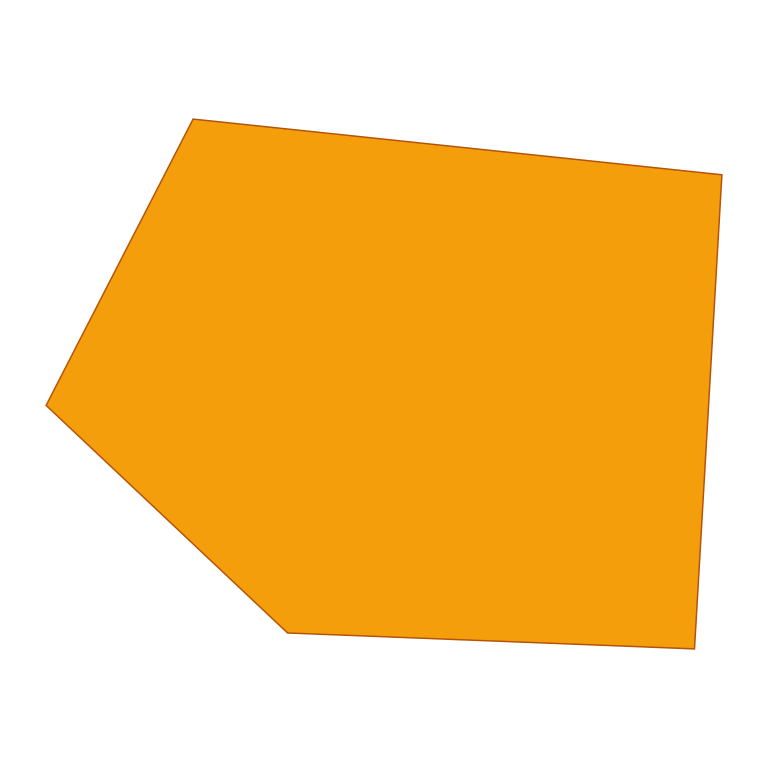 the district of Baile Tusnad, Covasna, Romania
{"feature_id": "2599482B64409374014432", "entity_name": "Baile Tusnad", "entity_type": "district", "adm_level": 2, "iso_a3": "ROU", "parent_name": "Romania", "parent_adm1": "Covasna", "projection": "orthographic", "projection_center": [25.855, 46.122], "detail": "fine", "context": "isolated", "style": "filled", "palette": "amber", "viewbox_px": 768, "rotation_deg": 0, "n_neighbors": 0, "source": "geoboundaries", "source_scale": "gbopen_adm2", "svg_char_len": 203}
<svg xmlns="http://www.w3.org/2000/svg" viewBox="0 0 768 768"><path d="M287.6,633.0L694.5,648.9L721.9,174.8L193.1,119.1L46.1,405.4L287.6,633.0Z" fill="#f59e0b" stroke="#b45309" stroke-width="1.5"/></svg>